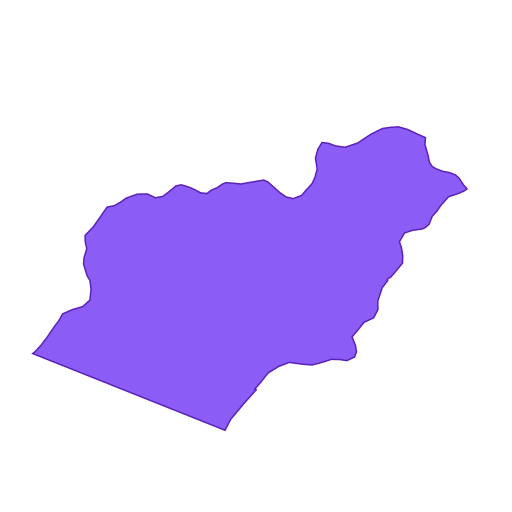 Al Jufrah, Natural Earth projection, rotated 112°
{"feature_id": "LBY-2964", "entity_name": "Al Jufrah", "entity_type": "Municipality", "adm_level": 1, "iso_a3": "LBY", "parent_name": "Libya", "parent_adm1": "", "projection": "natural_earth1", "projection_center": [16.482, 27.933], "detail": "fine", "context": "isolated", "style": "filled", "palette": "violet", "viewbox_px": 512, "rotation_deg": 112, "n_neighbors": 0, "source": "natural_earth", "source_scale": "10m", "svg_char_len": 1703}
<svg xmlns="http://www.w3.org/2000/svg" viewBox="0 0 512 512"><g transform="rotate(112 256 256)"><path d="M82.8,143.2L89.2,141.2L98.4,134.1L104.2,130.3L107.1,125.9L107.7,121.4L107.5,114.2L106.2,108.0L106.1,101.3L108.0,96.5L112.4,90.2L114.7,85.5L118.0,87.6L123.5,93.2L129.0,99.7L139.9,103.6L146.9,105.1L153.2,107.5L161.7,107.4L166.4,109.8L168.8,112.2L173.5,120.4L179.0,126.9L189.1,128.4L193.7,124.3L200.7,120.1L207.7,117.5L217.9,120.7L224.9,123.1L228.3,125.6L229.5,124.7L238.1,127.1L252.1,126.2L259.9,122.9L269.2,123.7L277.0,131.0L287.9,134.3L294.9,136.7L301.9,130.1L307.3,126.9L312.8,126.8L319.0,132.6L320.5,139.2L323.6,147.4L329.8,154.8L336.0,163.1L339.1,172.9L342.2,185.3L349.9,193.6L360.0,201.0L371.6,204.4L380.0,207.3L380.0,205.7L396.0,211.5L416.9,218.3L429.2,219.4L429.7,337.3L429.9,381.9L430.1,426.5L427.0,424.8L419.3,421.9L409.3,419.2L397.8,416.7L389.5,414.5L382.1,413.6L374.5,406.2L367.8,397.7L359.2,393.5L348.9,396.3L340.9,400.8L337.5,405.3L328.0,412.9L322.0,414.8L312.5,415.7L307.2,419.4L301.0,422.2L290.3,417.9L277.7,414.9L266.5,412.4L262.3,406.1L256.5,401.6L250.9,398.0L243.1,389.2L239.2,380.1L239.7,371.1L235.7,364.8L231.3,362.1L224.8,358.4L221.2,356.7L218.0,352.0L217.3,344.7L217.4,338.2L218.1,331.8L218.2,331.1L216.5,325.0L211.7,322.1L207.0,317.4L202.2,314.4L199.3,311.4L197.1,304.5L195.0,297.2L188.0,285.9L182.7,277.3L182.8,274.7L182.8,272.8L185.3,266.0L188.3,257.6L190.0,250.4L188.9,243.1L182.6,236.3L177.3,234.6L167.8,231.1L161.7,230.8L152.5,231.8L142.9,237.6L133.7,238.6L126.0,237.3L124.3,230.8L124.2,223.9L121.8,214.1L113.2,204.1L100.1,195.1L94.8,190.5L90.4,186.5L86.3,179.5L82.9,172.4L81.9,162.8L82.5,152.0L82.8,143.2Z" fill="#8b5cf6" stroke="#5b21b6" stroke-width="1.5"/></g></svg>